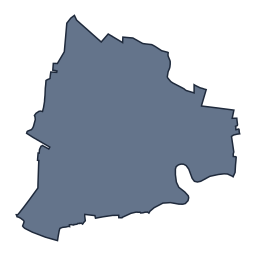 the district of Phu Nhuan, Hồ Chí Minh city, Vietnam
{"feature_id": "81297802B72603937188235", "entity_name": "Phu Nhuan", "entity_type": "district", "adm_level": 2, "iso_a3": "VNM", "parent_name": "Vietnam", "parent_adm1": "Hồ Chí Minh city", "projection": "orthographic", "projection_center": [106.679, 10.801], "detail": "fine", "context": "isolated", "style": "filled", "palette": "slate", "viewbox_px": 256, "rotation_deg": 0, "n_neighbors": 0, "source": "geoboundaries", "source_scale": "gbopen_adm2", "svg_char_len": 2822}
<svg xmlns="http://www.w3.org/2000/svg" viewBox="0 0 256 256"><path d="M168.2,52.6L167.7,52.3L161.6,50.7L160.1,49.7L154.9,46.3L152.9,45.2L151.7,44.6L145.4,43.9L142.7,43.5L132.9,38.0L127.2,37.5L122.9,37.1L122.6,42.6L108.2,34.0L101.2,42.0L79.8,23.0L76.6,20.1L74.4,15.4L70.8,18.1L66.8,23.2L65.8,34.9L64.3,51.8L57.4,63.5L55.3,63.4L53.3,63.4L52.8,70.2L55.7,70.6L57.0,71.0L56.7,72.4L50.8,72.0L50.3,75.5L50.0,78.4L49.5,78.8L47.4,79.6L46.0,80.5L45.7,84.7L45.3,88.2L45.0,95.3L44.6,99.5L44.5,101.7L43.9,105.3L43.5,107.7L43.0,109.6L42.5,111.5L40.7,111.1L39.0,111.3L36.0,113.3L34.4,115.5L35.0,116.8L35.3,119.6L33.4,126.5L32.7,128.0L31.5,129.6L29.4,130.4L27.5,131.2L27.1,131.6L26.6,133.3L30.1,135.5L31.2,136.2L33.4,137.6L43.8,143.6L49.8,147.1L48.8,149.0L42.4,145.5L41.7,146.0L41.0,146.3L39.5,149.5L39.2,153.1L38.1,153.0L37.5,160.3L38.8,160.5L38.6,165.3L38.0,183.4L37.9,188.0L29.1,200.1L23.6,207.4L18.3,214.1L17.7,214.7L16.3,214.7L17.1,216.8L18.5,217.1L20.6,218.2L23.6,220.5L24.1,221.7L23.6,223.3L22.6,226.0L23.5,227.2L24.9,228.4L32.4,232.2L45.5,237.2L57.5,240.6L58.1,236.7L59.2,230.7L59.9,228.4L62.4,227.4L66.0,227.0L68.3,226.4L69.6,226.6L69.4,225.6L69.4,224.8L71.4,224.6L72.7,224.9L73.7,225.0L73.9,224.5L74.9,224.5L77.0,224.2L77.9,223.4L79.1,223.6L79.7,223.2L80.1,223.4L81.0,223.2L81.4,223.2L82.1,223.6L82.4,224.1L82.9,223.8L83.6,222.6L85.2,220.9L85.3,220.6L85.0,218.4L84.7,216.1L84.8,214.4L94.9,215.6L95.5,218.2L103.0,216.8L112.5,215.4L118.7,215.3L118.8,217.7L121.6,217.8L122.3,217.6L122.3,217.3L127.1,215.1L131.0,213.3L135.7,212.2L137.2,212.1L137.8,212.3L140.1,212.2L140.6,213.0L143.0,212.8L145.0,212.2L147.6,212.1L148.9,213.1L149.9,211.3L151.5,209.9L154.1,207.7L162.9,203.1L170.4,202.6L178.8,204.1L182.8,204.2L185.4,203.5L186.6,202.2L188.0,200.7L188.7,197.8L188.3,195.9L184.8,192.0L178.8,187.3L176.4,182.2L175.4,174.7L175.4,169.0L176.2,166.6L178.5,164.8L181.1,164.1L183.6,164.2L186.2,165.6L188.8,169.2L192.2,178.4L194.4,181.3L197.4,182.0L200.7,181.3L209.9,176.3L218.3,174.5L224.1,173.8L227.5,174.0L232.3,176.2L233.1,176.8L235.1,172.3L235.5,165.1L235.9,160.9L236.2,157.1L235.7,156.7L233.3,156.5L233.2,154.0L233.8,152.0L231.5,136.4L233.6,135.0L237.0,134.2L239.7,133.8L239.4,132.8L239.2,131.7L239.1,129.9L238.9,129.2L238.4,129.0L237.6,129.3L236.5,129.6L235.9,129.7L235.8,128.7L235.8,127.3L235.5,126.3L237.2,125.6L237.4,125.3L237.5,124.5L236.9,119.5L236.8,118.2L232.2,118.3L233.9,110.1L220.0,108.3L218.6,108.1L201.5,106.0L201.6,105.2L206.2,89.6L204.0,89.0L202.7,88.5L200.1,87.8L195.4,85.5L194.1,84.7L194.1,87.6L194.1,92.9L186.2,90.5L185.5,90.1L184.0,88.8L181.8,87.6L172.7,82.9L170.8,81.6L169.0,79.5L167.7,77.9L167.3,76.8L167.4,76.1L168.0,72.4L168.2,71.5L169.2,69.2L169.6,68.1L169.9,66.9L170.2,64.1L170.2,61.7L169.9,60.4L169.2,58.8L168.2,56.3L168.0,55.2L168.0,54.2L168.2,52.6Z" fill="#64748b" stroke="#1e293b" stroke-width="1.5"/></svg>